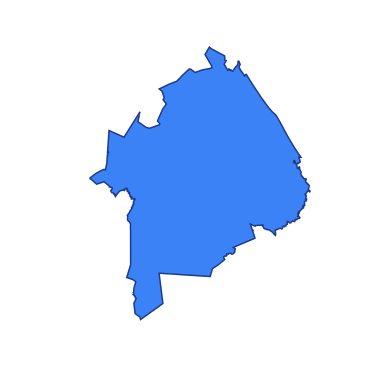 outline of Coyuca de Benítez, Guerrero, Mexico, rotated 215°
{"feature_id": "50627088B90299742739886", "entity_name": "Coyuca de Benítez", "entity_type": "district", "adm_level": 2, "iso_a3": "MEX", "parent_name": "Mexico", "parent_adm1": "Guerrero", "projection": "natural_earth1", "projection_center": [-100.103, 17.179], "detail": "fine", "context": "isolated", "style": "filled", "palette": "blue", "viewbox_px": 384, "rotation_deg": 215, "n_neighbors": 0, "source": "geoboundaries", "source_scale": "gbopen_adm2", "svg_char_len": 5958}
<svg xmlns="http://www.w3.org/2000/svg" viewBox="0 0 384 384"><g transform="rotate(215 192 192)"><path d="M196.4,84.5L190.0,86.4L186.5,86.2L184.5,80.1L182.2,76.2L182.9,76.0L182.4,75.9L182.2,76.1L181.8,75.6L181.4,75.2L181.2,74.5L181.5,74.2L181.3,74.1L180.9,74.3L179.6,74.4L179.6,74.1L179.5,73.8L178.1,73.4L177.7,72.8L177.4,73.1L176.6,72.8L175.8,67.5L168.9,59.8L162.9,59.7L161.0,58.0L151.9,84.0L172.4,106.6L128.6,133.2L131.3,140.9L128.8,147.3L126.5,155.5L128.0,156.2L128.9,156.9L128.7,157.3L128.6,158.0L127.8,159.1L127.5,159.0L127.5,159.7L127.1,160.0L128.0,161.3L126.6,161.9L126.7,162.3L126.6,162.5L126.6,162.8L126.1,163.1L125.2,164.1L124.0,163.8L123.4,164.0L122.7,165.6L122.5,167.1L122.7,167.8L123.0,168.3L123.8,168.6L123.7,170.0L124.0,170.3L126.4,170.4L113.9,190.3L120.5,195.2L120.0,195.5L121.7,196.1L125.8,199.2L120.7,200.2L120.8,201.0L114.5,206.0L115.2,204.7L114.1,204.5L112.1,203.5L111.0,203.6L110.6,203.8L110.3,204.1L109.6,203.9L108.9,204.6L108.4,204.5L107.6,205.0L106.7,205.3L106.6,205.2L104.6,205.2L104.3,205.4L103.2,205.1L102.4,205.2L100.6,204.4L99.5,204.4L98.8,204.3L99.3,205.4L100.3,206.7L101.6,207.7L101.8,208.5L101.5,208.7L101.3,209.3L101.5,209.3L98.9,213.0L97.2,213.2L97.3,215.1L97.8,216.1L97.4,216.3L97.1,216.7L96.3,216.6L96.1,217.8L95.6,218.2L96.1,219.3L95.4,220.3L95.7,220.8L97.0,221.8L96.7,223.0L96.3,223.0L95.5,222.7L94.3,222.7L93.6,223.2L93.4,223.5L93.5,224.8L93.4,225.1L93.1,225.4L93.0,226.0L92.2,226.2L92.0,226.4L91.2,226.5L90.9,226.7L91.6,228.4L91.1,228.4L90.9,228.7L91.4,228.7L91.3,229.3L90.4,229.9L90.0,230.9L89.6,231.4L89.3,231.5L88.8,232.3L88.9,232.7L89.6,233.2L89.9,232.9L91.6,232.7L91.8,233.4L91.5,233.8L91.8,234.3L92.9,234.9L92.7,235.7L92.9,235.9L92.2,235.9L92.4,236.3L92.2,236.5L93.2,237.6L92.5,238.5L92.4,241.2L92.0,241.9L91.7,242.6L92.2,242.5L92.0,243.1L92.1,244.0L92.7,243.7L93.1,243.8L92.8,244.7L93.1,245.0L92.1,245.8L94.3,248.4L94.0,249.0L93.9,250.0L93.7,250.1L93.9,250.2L93.9,250.4L93.7,250.7L93.6,250.3L93.5,250.7L93.9,251.7L94.1,252.0L94.4,251.9L94.2,251.2L94.6,251.1L94.5,251.6L94.8,251.7L95.4,252.9L96.1,253.9L96.2,254.3L97.0,254.4L97.1,254.8L97.6,254.6L97.7,254.9L97.5,255.2L97.7,255.4L97.9,255.4L97.9,255.1L98.1,255.2L98.0,256.2L97.7,256.8L97.8,258.6L97.6,259.5L97.3,259.8L96.9,259.6L96.0,259.9L95.7,259.7L95.6,260.0L96.2,260.7L97.1,260.6L97.6,260.7L97.6,260.4L98.1,260.7L98.6,261.7L98.8,262.7L99.4,263.7L99.5,264.3L99.9,264.6L100.2,264.6L100.9,265.1L102.1,264.8L102.7,264.9L103.0,264.9L103.2,265.4L104.8,265.5L105.1,265.7L105.2,266.3L105.6,266.3L105.8,266.6L105.8,267.4L105.6,267.8L106.5,268.2L107.2,267.5L108.3,267.1L108.8,267.4L109.0,267.4L109.4,267.7L109.7,267.6L110.4,267.9L111.0,267.7L111.5,267.9L111.7,268.5L112.3,268.6L113.4,269.3L113.7,269.9L113.8,270.5L114.1,271.0L115.5,271.6L116.4,272.2L117.4,273.0L118.3,274.2L118.6,274.1L118.8,273.5L118.5,273.1L118.6,272.5L118.5,271.9L119.0,271.8L119.5,272.4L120.3,272.8L121.8,274.4L122.5,274.6L123.0,274.4L123.5,274.7L124.6,274.6L125.4,275.0L125.6,274.7L125.7,275.2L126.6,275.6L126.6,276.2L126.2,276.4L125.7,276.3L124.3,275.7L123.7,274.8L123.4,274.8L122.5,275.1L121.8,276.1L121.2,276.3L120.9,278.0L120.6,278.6L120.8,279.0L121.4,279.3L122.5,280.3L124.1,281.2L124.5,281.8L124.5,282.1L124.2,282.6L123.4,282.4L122.6,282.9L131.2,286.1L141.3,290.5L146.8,293.1L159.9,299.7L167.0,302.9L168.4,303.3L171.7,303.6L174.3,304.2L177.5,305.0L182.4,306.7L189.5,309.1L202.8,314.3L215.1,319.5L215.5,318.5L215.2,318.3L215.6,317.1L219.0,318.7L219.9,318.9L220.5,318.9L220.6,319.2L222.9,319.9L223.3,320.4L223.6,320.4L224.8,321.1L225.4,321.8L225.4,322.2L225.6,322.4L225.6,323.9L226.1,324.4L228.7,326.0L229.0,325.9L229.2,325.6L229.0,325.0L227.8,323.2L227.7,321.9L227.5,321.3L228.0,319.8L227.8,318.7L228.0,318.0L228.0,315.4L227.9,314.9L227.9,314.2L229.1,314.0L230.3,314.4L230.7,313.6L231.5,314.0L231.6,313.5L232.4,313.7L232.5,312.3L239.0,315.1L239.3,319.2L240.9,318.9L243.2,322.2L257.6,320.5L260.9,320.6L260.2,312.1L248.2,306.5L246.9,305.1L248.9,302.7L253.5,298.0L258.1,291.6L263.0,291.9L264.8,291.3L267.0,280.9L267.1,278.9L268.1,273.9L272.3,267.7L278.0,257.6L274.4,257.4L268.9,253.3L268.6,251.0L263.5,249.4L263.6,243.4L261.0,230.3L257.6,229.6L257.3,228.2L263.3,219.9L266.5,218.6L276.7,218.6L278.8,223.7L279.2,223.7L280.6,227.9L279.1,197.9L295.2,194.8L284.0,176.1L283.6,176.9L283.1,176.4L282.9,176.0L283.2,175.3L282.4,173.5L282.0,173.6L281.9,172.8L281.1,171.4L279.3,168.4L279.0,168.3L275.6,160.4L277.1,160.1L279.3,156.3L281.5,151.6L283.6,145.0L283.0,144.3L282.0,144.6L274.6,143.7L270.0,149.9L262.6,149.4L262.6,148.9L262.0,149.2L261.8,149.1L261.4,149.1L260.7,149.5L259.9,149.7L259.1,149.1L259.3,149.2L259.3,148.9L259.3,148.1L259.1,147.9L259.4,147.3L259.2,146.1L259.1,146.4L258.7,145.9L257.7,145.6L257.2,145.5L256.7,145.9L256.1,146.1L255.6,145.9L255.5,145.6L254.9,145.4L254.0,146.0L253.1,144.7L252.6,144.7L253.4,146.1L252.2,144.7L252.0,149.6L251.7,151.3L250.3,153.4L249.7,153.7L249.6,154.3L248.2,154.4L248.1,154.7L248.6,155.6L248.3,155.8L248.5,156.5L248.4,157.1L247.9,157.5L247.5,157.0L246.8,157.4L246.6,157.2L246.5,156.6L246.1,156.6L245.9,156.2L245.8,156.4L245.4,155.8L245.3,156.0L245.0,156.0L244.6,155.5L244.3,155.4L244.0,155.8L243.3,154.7L242.6,155.2L242.5,154.6L242.2,154.6L241.7,154.3L241.0,154.1L240.7,153.8L240.7,153.2L240.1,152.9L240.0,153.1L239.6,153.1L239.4,152.7L238.8,152.6L238.5,153.1L238.3,153.2L238.3,152.2L237.9,151.8L237.9,152.1L237.6,152.2L237.3,151.9L236.7,152.4L235.7,152.7L235.6,153.1L235.2,153.2L235.3,153.3L234.9,153.7L234.7,153.7L234.3,153.0L234.7,152.4L234.7,152.0L234.3,151.1L234.4,150.5L234.3,150.2L233.6,149.8L233.7,149.6L233.2,149.0L233.4,148.8L233.1,148.4L232.9,148.3L233.1,148.0L232.8,147.6L232.9,146.9L232.5,146.6L232.6,145.1L232.4,144.9L232.5,144.7L231.9,144.6L232.0,143.7L231.7,142.3L232.0,141.7L231.6,140.0L231.5,137.6L231.6,136.2L231.5,135.6L231.1,135.5L230.7,135.0L228.9,132.3L228.3,131.9L227.2,131.6L226.3,131.7L225.5,131.2L224.4,130.9L222.8,128.9L222.5,128.2L220.0,124.9L200.6,97.3L196.4,84.5Z" fill="#3b82f6" stroke="#1e3a8a" stroke-width="1.5"/></g></svg>